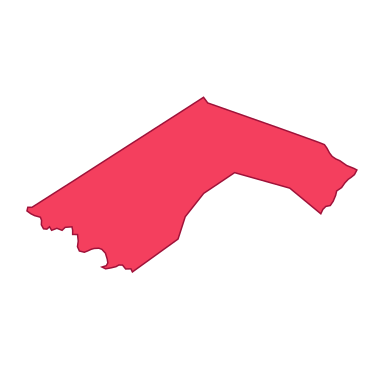 Bernardo do Mearim, Maranhão, Brazil, rotated 132°
{"feature_id": "56859067B26424941839767", "entity_name": "Bernardo do Mearim", "entity_type": "district", "adm_level": 2, "iso_a3": "BRA", "parent_name": "Brazil", "parent_adm1": "Maranhão", "projection": "mercator", "projection_center": [-44.665, -4.668], "detail": "fine", "context": "isolated", "style": "filled", "palette": "rose", "viewbox_px": 384, "rotation_deg": 132, "n_neighbors": 0, "source": "geoboundaries", "source_scale": "gbopen_adm2", "svg_char_len": 1069}
<svg xmlns="http://www.w3.org/2000/svg" viewBox="0 0 384 384"><g transform="rotate(132 192 192)"><path d="M122.0,81.7L117.4,83.1L113.2,82.9L109.5,80.2L104.4,80.9L98.4,83.0L94.4,85.2L88.6,83.8L83.0,84.5L78.0,84.4L74.8,83.6L70.4,82.9L65.3,84.2L66.1,87.4L67.3,90.7L68.8,94.7L69.3,98.7L69.8,103.0L71.2,107.3L71.8,111.6L71.0,115.9L69.1,121.2L68.2,125.3L70.1,130.5L85.8,169.0L115.3,239.9L113.9,246.8L137.1,253.1L215.2,274.5L254.8,285.3L258.6,286.3L310.5,300.7L313.2,303.8L316.5,302.0L316.0,297.2L314.9,293.2L312.2,287.8L313.7,284.9L317.2,282.0L318.7,277.7L316.7,275.0L313.2,274.6L314.4,270.7L309.4,268.1L307.4,262.9L303.1,262.6L298.2,257.9L300.2,255.2L303.4,252.3L300.2,248.6L304.6,243.7L309.3,240.5L311.2,236.2L308.8,231.7L305.6,230.1L302.1,228.6L299.5,227.0L296.1,223.6L294.9,220.6L295.4,215.4L298.6,210.1L301.0,207.1L304.1,206.4L308.0,208.7L306.9,204.8L302.4,201.3L298.3,198.5L295.2,197.5L292.8,194.7L293.6,189.8L290.0,186.0L291.3,182.8L236.3,170.9L214.9,180.5L185.2,182.4L149.1,173.3L123.7,121.9L122.0,81.7Z" fill="#f43f5e" stroke="#9f1239" stroke-width="1.5"/></g></svg>